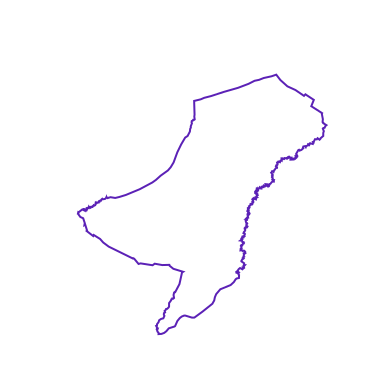 San Martín, Corrientes, Argentina, rotated 26°
{"feature_id": "61730980B32526789553525", "entity_name": "San Martín", "entity_type": "district", "adm_level": 2, "iso_a3": "ARG", "parent_name": "Argentina", "parent_adm1": "Corrientes", "projection": "natural_earth1", "projection_center": [-56.886, -28.867], "detail": "fine", "context": "isolated", "style": "outline", "palette": "violet", "viewbox_px": 384, "rotation_deg": 26, "n_neighbors": 0, "source": "geoboundaries", "source_scale": "gbopen_adm2", "svg_char_len": 6100}
<svg xmlns="http://www.w3.org/2000/svg" viewBox="0 0 384 384"><g transform="rotate(26 192 192)"><path d="M216.3,49.6L212.8,53.1L206.5,58.1L203.1,61.8L199.5,64.6L195.4,70.0L187.7,78.2L176.7,88.1L167.1,97.4L161.7,102.0L159.2,104.9L154.0,109.2L160.4,121.4L161.0,123.2L162.6,125.6L162.3,126.2L161.4,126.6L161.5,127.4L160.7,128.3L161.1,129.6L161.8,130.2L162.1,133.5L162.7,134.6L162.7,136.1L163.6,138.6L163.5,143.6L162.0,146.1L161.4,154.0L161.4,162.7L162.5,173.5L162.0,179.1L160.9,183.2L156.7,191.0L154.3,196.9L152.2,200.8L143.8,212.4L133.9,223.6L128.9,228.3L125.6,231.0L121.0,232.4L118.9,234.4L118.5,234.1L117.5,234.8L117.3,234.5L117.3,235.4L116.8,236.4L114.8,237.8L114.3,237.5L113.8,238.7L114.0,239.7L112.9,240.3L112.7,240.7L113.2,240.8L113.2,241.1L112.5,241.2L112.7,242.4L111.9,242.6L111.2,244.0L110.7,243.7L110.7,244.3L110.2,244.1L110.8,246.3L110.1,247.0L109.6,247.0L109.8,247.5L108.9,248.2L109.1,249.1L107.6,249.6L107.4,249.9L107.8,250.5L107.6,250.8L106.8,250.5L106.6,251.0L105.9,250.6L106.2,251.7L105.3,251.8L104.6,252.4L105.3,252.9L105.3,254.5L104.8,254.5L104.8,255.0L103.9,254.8L103.9,254.2L102.0,254.8L101.6,255.4L102.3,255.8L101.0,255.8L99.0,259.9L98.6,259.9L98.9,261.2L99.3,261.0L99.6,261.8L102.6,263.4L105.7,263.3L109.2,266.9L109.8,268.9L110.3,268.1L115.0,273.1L114.8,273.3L122.5,274.9L122.5,273.7L130.0,274.5L134.3,276.3L141.1,277.6L168.0,277.7L168.1,277.3L169.3,277.3L175.5,280.1L177.1,278.7L188.7,275.1L189.9,272.8L197.3,270.7L203.6,267.4L204.2,268.1L208.9,269.2L219.0,267.6L218.3,268.7L221.1,280.3L220.8,289.3L220.4,289.3L220.0,290.2L220.6,292.7L222.3,295.1L221.9,296.1L220.9,296.3L220.9,297.2L220.5,297.6L220.7,298.5L220.1,301.9L221.6,305.0L221.6,305.9L220.9,307.9L220.0,308.5L220.0,309.9L219.5,310.9L220.6,312.0L219.9,313.2L220.5,314.7L221.5,315.4L221.6,318.1L219.8,319.7L218.7,321.7L219.0,323.7L218.5,326.2L219.1,327.5L218.5,328.1L220.1,329.3L220.4,330.4L221.1,329.9L221.3,331.7L222.2,332.6L223.7,333.2L224.2,334.4L226.8,332.9L228.8,330.8L230.0,328.3L230.9,324.7L235.3,320.5L235.6,319.8L235.4,314.3L236.3,310.6L237.4,308.4L239.1,306.5L240.2,306.0L247.1,304.9L249.2,303.8L253.9,294.9L259.3,283.5L259.5,279.7L258.7,276.6L258.5,273.2L260.1,267.0L267.5,258.7L269.1,254.6L269.5,251.3L270.1,250.1L271.9,248.7L270.7,246.0L270.0,245.8L269.8,245.1L268.5,244.8L267.3,245.1L266.8,244.4L267.2,243.7L268.5,244.0L269.1,243.6L267.5,242.9L267.8,240.8L268.5,239.3L271.2,239.4L271.4,238.7L270.8,237.8L271.9,237.7L272.1,237.3L270.6,235.8L270.6,235.4L271.4,235.2L271.6,234.5L270.8,234.8L270.1,233.2L266.8,232.7L266.6,232.4L266.7,230.8L267.5,229.2L266.6,229.0L267.2,227.5L266.5,227.4L266.3,225.4L265.5,224.9L265.5,224.4L265.6,224.0L266.5,223.9L266.8,223.5L266.5,223.2L265.6,223.6L266.2,222.9L266.1,222.5L264.8,221.9L263.7,222.3L263.5,222.8L262.8,222.5L261.3,223.2L261.3,222.3L260.7,222.1L260.6,221.6L261.3,220.9L260.3,219.7L260.3,218.7L259.9,219.0L259.5,218.9L259.5,218.3L260.0,217.6L260.4,218.2L260.6,218.0L260.5,216.0L261.1,215.6L261.1,215.0L260.9,214.9L260.6,215.6L260.3,214.5L259.9,214.6L259.3,215.7L259.3,214.8L258.4,213.9L256.8,214.4L257.8,212.6L256.8,212.4L256.8,212.0L257.9,210.7L256.9,210.6L256.8,209.8L258.5,208.6L258.0,208.1L258.1,207.0L257.7,206.3L256.3,206.4L256.2,205.2L256.7,203.4L256.2,202.3L255.4,202.0L255.2,201.3L255.8,200.8L255.5,200.3L255.8,199.7L256.0,200.4L256.9,199.8L257.0,198.6L255.4,198.2L255.2,197.8L255.5,196.2L254.9,195.8L254.3,196.0L252.8,194.3L253.1,193.7L252.9,193.2L253.6,192.9L253.3,192.4L253.5,191.8L253.2,191.6L252.3,192.2L252.8,190.7L253.5,190.3L252.9,189.8L252.9,188.1L252.5,188.1L252.8,187.6L252.6,186.6L253.2,186.5L253.2,186.1L252.8,185.8L252.1,187.1L251.6,187.2L251.4,185.0L250.1,184.9L250.0,184.2L250.9,183.4L250.3,182.7L249.7,182.7L249.2,181.9L249.5,181.4L250.1,182.0L250.4,181.6L250.5,180.6L249.5,179.7L250.2,178.5L249.9,177.3L251.3,177.1L251.6,176.6L251.4,175.8L250.9,175.7L251.5,174.7L250.6,174.1L251.2,173.6L250.3,172.4L249.5,172.2L249.5,171.5L249.9,170.8L250.1,171.5L251.0,171.1L251.4,170.5L252.7,170.6L252.5,169.6L251.9,169.1L252.6,168.4L251.7,168.3L251.7,167.9L252.4,166.3L251.4,166.0L251.7,165.2L250.5,164.8L250.2,164.9L250.3,165.4L249.6,165.3L250.0,164.1L248.9,164.6L248.6,164.1L248.8,163.1L249.5,162.9L249.1,161.9L249.9,162.0L249.1,160.7L250.4,160.9L250.0,160.0L250.3,160.1L250.7,159.2L251.6,158.9L250.8,158.6L250.8,158.2L251.5,158.5L251.9,157.7L252.8,157.5L252.5,156.7L253.6,156.4L253.3,156.0L253.5,154.8L254.3,155.0L254.1,155.9L255.1,155.2L255.2,154.8L254.7,154.3L255.9,153.9L255.3,153.5L254.5,153.8L255.6,152.7L255.2,152.5L257.2,151.8L257.2,152.5L256.8,152.9L256.3,152.6L256.2,153.2L258.0,153.8L258.6,153.1L258.4,150.7L258.9,150.2L259.3,148.2L259.9,147.3L261.0,146.8L260.6,145.9L260.0,146.2L260.1,145.5L259.2,145.9L258.7,145.7L258.6,144.2L257.3,143.6L257.2,142.9L257.6,142.7L257.5,142.3L256.7,141.9L257.0,141.2L254.7,139.9L255.0,139.3L254.8,138.3L255.7,137.7L256.5,138.1L256.3,136.4L256.7,135.5L256.7,134.5L257.1,133.4L257.8,133.0L257.6,132.5L256.1,132.1L256.1,131.0L256.6,130.9L256.9,129.9L255.6,128.3L256.5,127.7L256.1,126.9L256.3,126.7L258.0,126.6L257.7,125.2L258.1,124.6L258.8,124.6L257.7,122.5L258.7,122.0L259.3,122.7L259.7,122.0L260.4,121.9L260.4,120.9L262.4,120.4L262.1,119.9L262.6,119.5L263.0,120.0L263.4,119.4L263.0,118.5L263.2,118.2L263.9,118.5L264.1,117.7L265.8,118.1L265.9,119.0L266.3,118.9L266.1,118.4L266.6,117.5L267.2,118.0L266.5,118.2L267.0,118.8L267.5,118.1L268.1,118.2L267.7,119.0L269.9,117.8L268.8,117.9L268.7,117.5L269.2,116.9L270.1,117.0L270.9,115.1L270.4,114.7L269.8,115.0L269.3,114.3L270.9,113.6L270.6,113.1L268.9,112.2L269.2,107.7L269.7,107.1L270.6,107.6L271.9,106.2L272.8,104.0L272.3,103.8L272.1,102.3L273.5,101.2L274.6,101.8L274.5,100.6L275.8,99.3L275.5,98.4L276.8,98.5L276.8,97.7L276.2,97.4L276.7,96.4L279.5,95.9L279.3,95.2L279.7,94.5L278.8,93.9L279.4,93.4L279.4,90.6L281.1,90.0L281.3,88.6L283.7,89.1L284.1,88.0L284.0,87.3L285.4,84.1L284.1,81.4L283.8,79.5L281.8,77.7L282.0,76.9L283.0,76.2L283.0,74.1L283.5,73.0L279.8,72.6L279.7,72.2L278.7,71.9L277.7,69.2L274.4,64.8L274.4,64.1L261.6,62.6L261.1,55.8L251.1,54.5L250.5,56.5L240.3,55.0L231.4,55.2L222.3,52.6L216.3,49.6Z" fill="none" stroke="#5b21b6" stroke-width="2"/></g></svg>